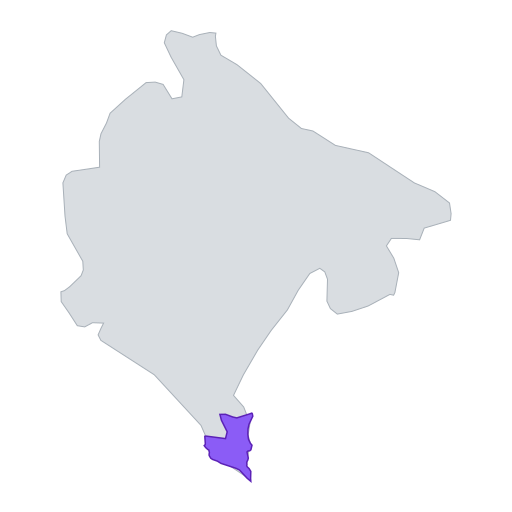 location of Ulcinj within Montenegro
{"feature_id": "MNE-1497", "entity_name": "Ulcinj", "entity_type": "Municipality", "adm_level": 1, "iso_a3": "MNE", "parent_name": "Montenegro", "parent_adm1": "", "projection": "equal_earth", "projection_center": [19.282, 41.979], "detail": "fine", "context": "in_parent", "style": "filled", "palette": "violet", "viewbox_px": 512, "rotation_deg": 0, "n_neighbors": 0, "source": "natural_earth", "source_scale": "10m", "svg_char_len": 1881}
<svg xmlns="http://www.w3.org/2000/svg" viewBox="0 0 512 512"><path d="M215.9,33.1L215.4,36.4L216.4,45.9L220.9,55.2L237.0,64.7L260.7,83.5L288.6,118.2L301.4,128.5L312.9,131.0L335.4,145.4L351.1,148.9L368.6,152.8L414.3,182.9L434.9,191.7L449.5,203.0L451.1,213.7L450.5,220.3L424.2,228.1L419.6,239.8L406.8,238.5L391.4,238.4L386.4,245.9L393.8,258.2L398.7,272.7L394.9,292.5L393.6,295.2L389.9,294.4L368.1,306.0L351.9,311.4L337.3,314.1L330.4,308.6L326.9,301.1L327.5,279.2L324.8,271.9L319.8,268.3L309.8,273.5L298.2,290.3L287.4,309.9L271.2,330.4L257.8,350.0L243.4,374.8L233.5,395.4L243.7,407.0L250.0,423.1L248.1,435.2L250.0,442.2L246.8,463.4L246.1,476.8L214.1,455.4L201.0,425.4L154.3,374.8L100.9,340.4L98.1,334.9L101.0,328.3L103.6,323.1L92.5,322.7L84.7,326.9L77.3,325.7L69.0,312.8L61.2,301.6L60.9,291.8L64.5,290.6L69.8,286.6L81.1,275.7L83.3,270.0L82.8,261.3L67.2,233.8L65.0,216.0L62.9,182.9L66.2,175.1L72.0,171.3L99.6,167.2L99.3,141.4L101.0,133.7L106.5,123.0L110.1,113.2L125.4,99.3L146.1,82.6L155.2,82.1L163.1,84.4L172.0,98.8L181.8,96.9L183.9,79.7L171.1,57.2L164.3,42.8L166.4,34.9L171.2,30.7L182.2,33.3L192.7,37.2L199.4,34.6L209.8,32.5L215.9,33.1Z" fill="#d9dde1" stroke="#a8b0b8" stroke-width="1"/><path d="M251.8,413.1L252.3,413.7L252.8,416.2L249.0,424.3L248.0,428.9L247.8,434.2L248.5,439.3L250.4,443.3L250.5,443.4L252.0,445.2L250.9,449.8L249.7,450.8L248.0,451.0L247.0,452.0L248.3,458.1L247.8,460.1L247.0,461.5L246.7,462.8L246.9,464.6L246.7,465.7L247.2,466.8L249.1,468.6L250.8,471.4L250.6,478.5L250.8,481.3L247.1,478.2L239.5,470.0L236.0,468.3L221.0,463.4L217.5,461.2L212.5,459.4L210.8,458.3L209.2,455.6L209.1,454.1L209.4,452.6L208.8,450.0L207.8,449.5L205.7,447.6L204.2,445.6L205.2,444.6L205.3,443.5L204.8,436.3L206.1,436.1L225.5,438.6L227.2,431.8L221.4,420.2L219.9,414.4L225.5,414.3L232.8,417.0L236.8,417.9L249.3,414.0L251.8,413.1Z" fill="#8b5cf6" stroke="#5b21b6" stroke-width="1.5"/></svg>